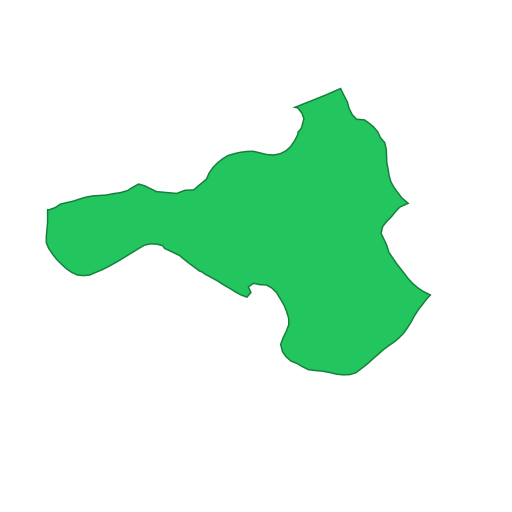 Kuhlan Ash Sharaf, Hajjah, Yemen, rotated 147°
{"feature_id": "15242507B97358908792545", "entity_name": "Kuhlan Ash Sharaf", "entity_type": "district", "adm_level": 2, "iso_a3": "YEM", "parent_name": "Yemen", "parent_adm1": "Hajjah", "projection": "mercator", "projection_center": [43.483, 16.025], "detail": "fine", "context": "isolated", "style": "filled", "palette": "green", "viewbox_px": 512, "rotation_deg": 147, "n_neighbors": 0, "source": "geoboundaries", "source_scale": "gbopen_adm2", "svg_char_len": 2539}
<svg xmlns="http://www.w3.org/2000/svg" viewBox="0 0 512 512"><g transform="rotate(147 256 256)"><path d="M131.0,128.3L131.7,129.6L135.0,135.0L137.6,141.0L138.8,145.2L139.6,147.9L140.7,154.2L141.1,160.4L141.7,166.7L142.2,173.0L142.4,179.7L142.5,184.1L142.5,186.8L140.4,194.3L138.8,206.8L133.8,211.7L127.5,213.8L121.0,215.2L114.9,217.2L113.7,217.5L108.8,218.7L99.7,217.3L102.1,225.5L102.4,229.8L102.6,231.8L102.9,238.3L102.5,244.6L100.6,250.9L98.0,256.7L95.5,262.9L93.4,266.5L92.4,268.2L88.7,274.3L88.5,274.9L86.3,281.0L87.2,287.3L86.3,293.8L87.1,300.1L89.0,306.4L91.0,311.2L97.2,315.9L98.3,322.1L97.6,329.0L95.5,335.3L94.9,341.6L94.2,348.1L93.8,350.4L110.7,353.2L131.8,357.4L142.4,359.5L140.3,357.4L139.7,350.5L141.1,345.0L148.2,338.6L153.4,336.9L154.6,335.2L160.9,331.6L164.1,330.3L167.4,328.9L173.8,327.9L177.5,328.3L180.0,328.6L186.0,331.0L191.8,335.3L196.7,340.5L197.5,341.4L201.4,345.4L206.7,348.7L210.2,350.3L212.4,351.4L218.0,353.5L218.7,353.7L224.8,355.5L231.0,355.7L235.9,355.2L237.5,355.0L240.1,354.5L243.8,353.7L250.1,351.1L255.7,347.5L272.3,345.4L279.8,349.8L288.5,351.7L304.4,364.2L307.9,370.1L311.2,375.6L313.9,378.7L315.3,380.3L322.0,380.8L328.1,380.8L335.5,383.1L339.1,384.8L341.9,386.1L348.6,388.7L352.0,390.7L354.4,392.1L360.6,395.5L366.9,398.1L373.4,400.0L379.5,401.6L385.5,403.8L391.7,406.0L398.2,406.0L404.2,407.4L405.5,408.3L406.2,407.5L409.6,402.1L413.3,396.6L417.1,391.8L421.0,386.9L422.8,384.1L424.6,381.4L425.7,375.4L425.6,368.1L425.0,361.6L423.6,355.1L422.0,348.8L419.7,343.1L416.3,337.5L411.4,333.5L405.8,330.6L403.2,330.2L399.6,329.6L392.2,328.2L385.6,327.5L379.0,327.0L372.5,326.7L365.5,326.5L358.6,326.4L353.8,326.2L351.5,326.2L343.8,325.9L339.1,324.1L338.0,323.7L332.9,320.1L328.6,315.5L328.5,312.2L319.9,298.1L318.1,292.3L316.0,286.0L313.7,280.0L311.6,274.2L309.9,271.9L308.6,268.5L305.4,262.7L302.0,256.4L298.7,249.1L296.2,244.2L295.5,242.9L292.9,237.2L289.9,231.7L286.0,226.4L280.1,228.2L279.2,234.3L272.9,234.4L268.3,229.8L263.0,226.0L260.2,220.6L258.7,214.0L258.9,206.9L259.3,199.3L260.5,193.0L260.8,191.9L262.5,186.0L265.9,180.6L271.8,176.2L277.4,172.9L283.5,168.4L285.9,161.3L285.6,154.9L283.9,148.8L280.2,143.6L277.3,137.8L273.9,132.1L268.6,127.6L263.4,123.6L257.6,118.1L252.7,112.9L247.4,108.7L241.8,105.4L235.8,103.7L228.8,104.2L221.2,104.9L216.8,105.6L214.8,105.9L213.0,106.2L208.4,106.8L200.0,108.1L193.0,108.5L186.1,108.7L179.9,109.6L173.9,111.0L167.7,113.5L161.8,116.2L155.6,119.6L148.6,122.7L142.7,124.7L135.6,127.2L131.0,128.3Z" fill="#22c55e" stroke="#15803d" stroke-width="1.5"/></g></svg>